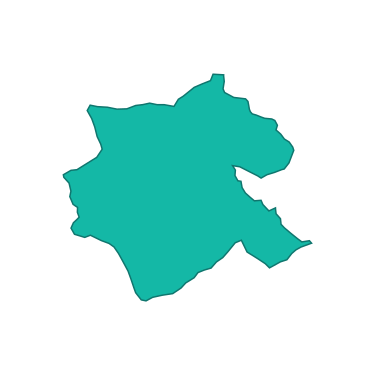 Geroskipou, Paphos, Cyprus, rotated 26°
{"feature_id": "46923920B13296548837495", "entity_name": "Geroskipou", "entity_type": "district", "adm_level": 2, "iso_a3": "CYP", "parent_name": "Cyprus", "parent_adm1": "Paphos", "projection": "equal_earth", "projection_center": [32.458, 34.751], "detail": "fine", "context": "isolated", "style": "filled", "palette": "teal", "viewbox_px": 384, "rotation_deg": 26, "n_neighbors": 0, "source": "geoboundaries", "source_scale": "gbopen_adm2", "svg_char_len": 1800}
<svg xmlns="http://www.w3.org/2000/svg" viewBox="0 0 384 384"><g transform="rotate(26 192 192)"><path d="M68.8,232.9L70.4,235.0L77.6,237.9L82.8,244.3L84.2,249.7L90.6,255.3L95.9,256.0L97.8,260.4L101.6,264.1L100.6,267.2L98.9,271.6L99.1,277.5L104.9,281.5L115.5,279.8L119.6,275.4L131.8,275.4L140.0,274.6L146.0,275.6L152.8,279.4L159.9,284.4L169.2,291.1L175.5,297.2L181.5,303.3L185.5,307.2L186.9,307.9L193.7,311.2L198.4,310.0L202.8,303.9L210.5,297.8L219.2,291.8L224.3,283.0L226.2,276.5L229.0,272.1L231.5,268.1L232.7,261.8L237.4,256.6L242.5,252.0L244.6,244.2L248.4,237.5L250.4,230.2L253.1,218.7L257.5,213.7L267.8,221.8L280.3,223.1L289.3,224.3L294.9,226.2L295.7,225.1L302.1,216.0L307.0,211.3L308.6,203.6L310.8,198.4L314.0,193.8L321.9,185.6L320.0,184.8L318.9,184.3L312.6,188.7L307.3,187.7L298.1,185.6L290.7,183.7L286.2,182.0L283.2,177.2L277.1,174.7L275.1,171.6L274.0,169.7L269.4,175.3L261.2,172.2L257.7,169.2L251.9,172.6L246.0,171.1L240.4,169.5L235.1,166.1L231.3,160.9L228.3,161.8L223.4,158.4L221.4,153.3L216.9,150.5L223.9,148.4L235.6,148.6L244.0,148.7L248.0,149.2L251.8,143.6L257.6,138.2L262.9,132.5L264.8,130.9L266.4,123.4L265.8,116.7L265.2,109.9L264.0,108.7L262.9,107.5L257.5,104.5L251.8,103.9L246.4,101.1L240.3,99.4L239.5,94.6L235.1,91.4L231.7,91.4L225.0,93.9L221.4,94.3L216.0,94.7L211.9,95.4L209.3,94.3L207.3,92.5L204.7,88.9L202.6,86.1L199.3,84.8L188.1,88.7L183.1,88.5L177.7,88.3L174.7,85.7L172.5,78.5L169.5,73.7L169.1,72.8L159.3,76.9L159.8,83.8L154.0,90.1L148.1,97.0L142.1,109.8L139.1,114.6L138.3,123.0L128.8,125.7L122.4,128.8L115.0,130.7L109.4,135.1L103.5,138.9L97.0,145.8L88.3,150.4L78.8,152.9L69.7,156.7L62.4,158.6L62.1,164.7L69.7,170.0L76.1,176.2L82.5,183.8L88.9,188.9L92.5,192.9L91.2,202.6L88.3,207.2L78.8,222.4L73.7,225.6L68.8,232.9Z" fill="#14b8a6" stroke="#0f766e" stroke-width="1.5"/></g></svg>